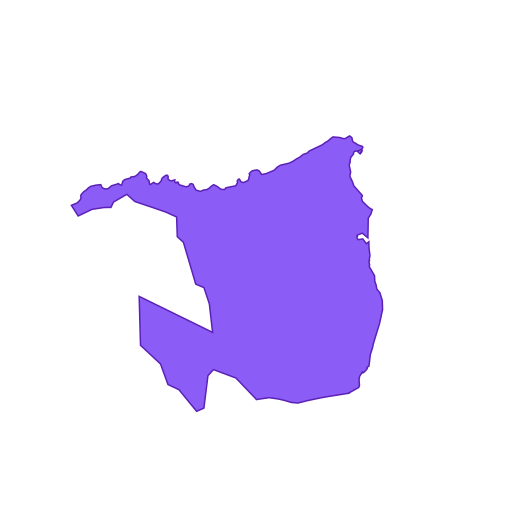 outline of Pomos, Paphos, Cyprus, rotated 46°
{"feature_id": "46923920B57848599491117", "entity_name": "Pomos", "entity_type": "district", "adm_level": 2, "iso_a3": "CYP", "parent_name": "Cyprus", "parent_adm1": "Paphos", "projection": "equal_earth", "projection_center": [32.55, 35.149], "detail": "fine", "context": "isolated", "style": "filled", "palette": "violet", "viewbox_px": 512, "rotation_deg": 46, "n_neighbors": 0, "source": "geoboundaries", "source_scale": "gbopen_adm2", "svg_char_len": 3298}
<svg xmlns="http://www.w3.org/2000/svg" viewBox="0 0 512 512"><g transform="rotate(46 256 256)"><path d="M413.7,251.3L411.7,248.8L406.3,242.2L402.9,235.8L400.8,232.8L396.5,225.1L393.9,220.4L390.5,214.2L382.5,202.2L375.8,196.1L368.5,192.4L363.5,192.0L360.6,189.9L356.7,188.1L352.5,184.4L345.5,182.7L342.3,181.9L341.3,180.4L341.2,180.4L338.5,178.7L338.3,177.9L338.2,177.6L337.8,177.7L334.9,173.8L333.8,172.9L329.2,169.5L324.1,164.9L323.8,168.1L317.9,167.3L315.1,171.3L313.0,170.7L312.5,170.5L312.5,169.6L311.3,168.8L313.4,163.7L320.7,162.9L306.8,149.0L305.6,144.2L305.0,143.1L303.4,140.1L302.9,140.3L301.1,140.9L297.9,141.3L290.6,141.5L287.2,139.6L286.8,137.9L285.9,137.4L280.8,137.2L273.6,136.9L269.5,135.0L263.8,133.1L261.4,129.6L256.2,126.4L254.8,125.1L254.2,123.4L252.2,121.4L250.9,119.3L250.4,115.0L249.3,113.8L249.2,112.5L250.4,110.5L252.4,110.3L252.4,109.7L251.3,109.9L251.9,107.9L252.0,107.0L252.8,106.8L253.5,107.2L253.9,108.4L254.1,110.3L254.9,110.1L254.6,107.8L253.8,106.2L252.6,105.7L252.4,104.4L251.9,103.5L250.9,103.4L246.9,105.5L243.1,106.3L241.7,106.9L240.4,106.7L237.9,105.0L236.2,104.9L234.6,105.3L234.0,107.7L233.5,110.3L232.1,111.7L229.0,113.4L223.8,117.9L223.3,122.1L223.3,124.0L222.9,126.0L222.4,127.1L222.4,128.7L221.9,131.5L217.8,143.7L217.4,145.3L217.6,147.4L215.7,151.5L215.3,155.8L214.2,159.8L213.6,163.4L212.2,167.7L207.6,175.4L206.8,179.1L207.0,183.2L203.8,191.5L201.3,195.3L196.9,194.6L194.8,195.4L193.6,197.1L192.1,199.5L191.9,201.7L192.1,203.8L193.3,204.1L194.3,206.0L196.1,208.8L195.3,211.9L194.2,214.3L192.0,215.2L189.2,214.5L188.5,215.4L189.0,217.5L190.4,218.3L191.4,221.8L186.0,230.3L186.4,232.2L184.7,234.1L182.9,235.1L180.7,235.3L178.3,235.8L175.3,236.9L174.8,239.2L174.7,242.4L174.0,245.6L172.3,247.5L171.0,250.9L168.7,252.4L166.9,253.3L163.3,252.5L160.8,251.5L159.2,252.0L158.3,253.5L159.0,255.9L157.6,258.3L153.6,260.5L151.3,261.8L148.7,260.8L148.0,261.4L148.4,261.9L147.2,263.1L145.7,262.6L144.9,261.5L143.8,263.4L143.7,264.4L141.8,265.6L139.3,265.7L137.9,264.0L136.5,263.6L135.3,264.8L134.7,268.9L135.5,271.2L136.1,271.8L136.3,275.2L136.0,276.7L134.1,278.0L132.0,278.4L131.1,282.5L130.2,282.6L127.7,280.7L123.7,280.6L122.9,279.3L121.2,278.5L119.9,278.2L115.2,280.0L114.8,281.2L115.1,283.5L115.0,285.6L114.7,287.7L112.3,291.1L112.6,292.3L109.8,297.4L109.7,300.0L111.0,302.1L111.7,303.5L110.3,304.3L108.1,304.8L107.5,306.6L106.3,308.8L105.1,311.2L104.9,313.8L104.7,315.7L104.2,316.7L103.1,317.7L101.6,318.7L100.2,319.1L99.3,319.1L98.4,318.6L96.8,318.1L95.4,319.9L93.7,322.1L91.1,326.5L90.6,329.1L90.6,332.2L90.1,335.5L90.3,338.9L91.1,340.4L92.9,341.7L93.5,343.7L93.6,347.8L91.3,353.6L92.3,353.8L103.7,356.1L108.5,341.7L108.7,341.3L115.5,331.7L120.3,326.6L118.2,321.0L121.9,306.1L132.7,305.3L151.0,295.8L161.9,290.3L172.8,286.0L187.4,299.2L195.7,298.7L234.4,318.9L242.6,315.4L258.0,322.8L280.8,340.3L204.2,368.0L203.9,368.1L240.0,401.1L267.4,399.7L287.3,408.6L298.6,404.3L326.5,406.6L329.2,399.1L308.7,373.7L308.2,365.5L329.8,355.2L358.2,355.3L359.5,355.5L367.0,345.0L374.6,339.1L379.7,335.8L385.8,332.4L390.9,328.0L395.8,319.4L404.4,305.8L419.7,283.8L420.2,283.8L419.2,283.8L421.9,273.5L421.2,271.7L416.8,268.0L414.6,265.2L413.3,260.1L414.4,260.2L414.7,258.0L414.3,254.3L413.2,253.4L413.7,251.3Z" fill="#8b5cf6" stroke="#5b21b6" stroke-width="1.5"/></g></svg>